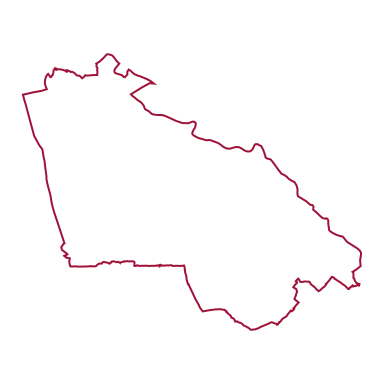 Valeni, Neamt, Romania
{"feature_id": "2599482B70512380232271", "entity_name": "Valeni", "entity_type": "district", "adm_level": 2, "iso_a3": "ROU", "parent_name": "Romania", "parent_adm1": "Neamt", "projection": "albers", "projection_center": [26.711, 47.039], "detail": "fine", "context": "isolated", "style": "outline", "palette": "rose", "viewbox_px": 384, "rotation_deg": 0, "n_neighbors": 0, "source": "geoboundaries", "source_scale": "gbopen_adm2", "svg_char_len": 5870}
<svg xmlns="http://www.w3.org/2000/svg" viewBox="0 0 384 384"><path d="M202.7,311.4L209.4,310.2L215.5,309.4L220.5,309.2L224.2,309.9L224.4,309.8L225.3,310.4L225.5,310.9L226.5,311.3L226.2,311.9L226.4,312.2L227.5,312.9L228.9,314.3L230.5,315.5L230.7,315.8L231.4,317.7L232.7,318.0L234.4,319.4L234.9,321.4L235.6,321.6L236.4,321.3L237.1,321.4L238.0,322.1L238.6,322.2L239.5,322.7L240.7,322.8L243.0,324.6L243.6,325.5L245.4,326.2L248.7,328.0L250.4,329.5L251.2,329.8L255.5,329.3L256.8,328.6L257.9,328.6L259.8,327.3L268.2,323.8L271.2,322.3L272.4,322.4L274.2,323.2L276.5,323.9L276.9,324.1L277.1,324.7L277.9,324.4L278.2,323.6L278.9,323.0L278.7,322.9L278.9,322.3L280.8,321.3L281.1,320.8L281.2,320.4L282.3,319.1L283.2,318.3L286.3,316.5L288.0,314.0L290.9,310.5L291.3,310.6L291.6,311.2L291.8,311.3L293.6,309.8L294.3,308.9L294.3,308.4L293.6,308.1L298.6,302.5L294.5,299.2L294.6,298.5L295.3,297.0L296.5,293.2L297.1,291.5L297.1,291.2L296.6,290.4L296.3,289.1L293.3,287.3L293.5,286.8L295.4,284.4L296.9,283.0L297.0,282.5L296.9,282.2L295.7,281.3L298.1,278.6L299.0,279.4L299.9,281.5L301.5,282.1L305.1,281.4L306.9,281.7L308.6,281.6L309.3,281.8L310.2,282.8L310.6,283.8L311.3,284.6L315.0,287.5L316.1,289.0L318.7,291.2L321.0,289.6L321.5,288.8L324.4,286.6L325.7,285.1L325.8,283.9L326.7,283.6L327.5,282.3L329.2,280.5L330.4,278.7L331.5,277.7L331.7,276.9L332.1,276.9L333.8,277.6L334.5,278.2L334.7,278.9L335.3,279.3L335.7,279.3L338.2,281.1L340.3,282.2L341.7,283.5L345.2,285.9L348.0,288.9L349.0,289.0L349.7,287.6L350.2,287.6L352.6,285.4L353.2,286.5L353.8,286.1L354.8,286.1L356.4,285.7L357.1,285.1L359.0,285.6L359.5,284.3L359.5,284.0L356.5,283.1L356.3,282.9L356.3,282.7L356.0,282.4L354.8,280.6L354.3,278.8L353.5,278.2L353.4,272.9L352.5,271.9L355.5,270.1L360.6,266.2L360.1,260.2L361.0,254.9L361.0,252.8L360.2,251.1L358.7,249.6L356.9,248.1L347.5,242.2L346.5,241.2L343.6,237.6L342.7,236.6L339.6,235.9L335.9,234.6L332.4,232.8L329.9,231.0L329.1,229.9L328.2,223.2L328.4,221.5L328.0,219.9L327.7,219.2L326.4,218.3L325.6,218.6L323.7,218.5L322.3,217.8L319.9,215.8L316.8,212.7L313.2,209.7L313.5,206.4L312.9,205.5L312.0,204.9L311.1,205.0L309.8,204.4L306.4,201.4L298.0,196.2L297.6,195.1L297.4,192.8L297.6,189.3L296.4,185.1L294.3,181.9L292.3,181.1L288.7,178.8L286.5,176.5L284.1,174.9L281.6,173.9L278.6,170.1L273.3,162.7L270.6,159.4L267.7,158.7L266.6,158.2L265.5,157.4L265.4,156.3L264.3,152.8L263.1,149.6L261.3,146.1L258.9,145.0L257.7,144.2L255.4,144.2L254.7,144.8L252.7,149.0L251.8,150.1L250.2,151.3L248.5,151.5L246.5,151.3L243.9,150.1L241.8,148.6L239.0,147.2L236.8,147.0L234.9,147.2L230.3,148.6L227.9,148.7L225.5,148.0L223.4,146.9L219.7,144.0L217.6,142.8L211.0,140.4L209.4,140.0L206.7,140.3L198.7,138.1L196.4,137.0L193.5,135.3L192.3,134.0L192.4,132.5L193.6,129.7L194.9,127.9L195.8,124.4L195.7,122.9L194.0,121.7L192.6,121.6L188.4,123.2L182.7,123.1L176.3,121.0L165.6,116.1L163.4,115.4L161.6,115.0L157.9,115.0L153.4,114.5L151.6,113.8L149.0,111.4L145.1,109.2L143.6,105.5L141.9,103.2L140.7,102.1L136.8,99.5L134.8,97.6L132.8,96.3L130.9,94.3L142.8,86.9L143.6,86.6L145.7,85.3L147.0,84.8L148.9,83.5L149.9,83.2L153.9,83.6L151.1,81.4L147.8,79.5L139.9,76.2L137.4,75.5L136.0,74.8L134.6,74.3L130.3,70.6L128.7,69.6L128.4,70.3L127.4,71.4L127.3,73.0L127.4,74.4L124.9,77.2L123.7,77.1L123.2,76.4L121.7,75.1L116.4,73.5L115.1,72.9L114.6,72.3L114.4,71.5L114.4,70.5L114.8,69.3L115.6,68.1L119.3,63.6L117.6,62.0L116.3,60.6L114.1,57.4L112.1,55.4L111.1,55.0L108.1,54.2L107.1,54.4L106.4,54.8L103.3,58.2L100.6,60.7L99.5,61.6L96.3,63.6L96.7,64.2L96.5,64.6L96.5,66.7L97.4,68.0L97.5,68.5L97.1,70.0L97.1,70.3L97.4,70.8L97.4,72.6L97.2,75.0L93.2,75.1L87.4,75.6L85.1,75.3L84.2,76.7L82.1,78.3L80.5,76.6L79.4,75.7L78.1,75.7L76.6,75.2L74.8,73.3L73.4,72.4L71.9,71.7L71.0,72.1L69.4,71.1L66.7,70.1L66.4,70.2L66.1,70.5L67.1,70.9L67.5,71.3L67.2,71.7L66.9,71.8L66.3,71.7L65.0,70.6L63.6,70.1L60.0,69.3L57.9,69.4L56.7,68.8L56.5,69.7L56.2,69.9L55.8,69.7L55.7,69.4L55.8,69.0L55.1,68.2L53.7,70.0L53.1,73.8L52.8,74.5L52.8,74.9L52.2,75.2L51.6,76.5L50.7,77.2L50.0,76.8L49.7,76.0L48.1,73.9L46.9,75.2L45.9,77.0L45.3,79.1L44.9,81.1L44.8,82.8L45.5,85.9L46.8,89.2L41.7,90.8L33.5,92.3L23.0,94.7L24.1,99.2L25.6,104.1L34.0,135.4L34.3,136.2L39.3,145.3L42.2,149.1L42.5,149.9L42.8,152.1L43.8,158.0L44.4,160.2L44.7,162.7L45.7,171.0L46.5,176.5L46.4,178.5L46.6,179.8L47.5,184.4L50.3,194.7L50.9,197.9L51.6,202.7L53.1,208.7L54.4,213.0L64.5,243.4L64.1,243.5L63.2,244.2L63.0,244.8L62.3,245.6L61.2,247.3L62.0,249.9L67.0,253.7L67.4,254.4L66.3,254.7L66.1,255.3L65.5,255.4L65.0,255.8L64.3,255.6L64.1,255.8L65.5,256.8L66.1,257.6L68.5,258.1L69.7,258.2L69.7,259.6L69.2,261.7L69.7,264.4L70.4,266.4L70.8,266.6L71.5,266.4L73.3,266.5L75.4,266.3L77.4,266.6L81.5,266.6L88.9,266.4L90.6,266.0L90.9,266.3L95.5,266.3L96.0,266.1L98.0,264.2L99.8,263.5L101.9,263.6L102.5,262.4L103.8,261.9L105.8,262.4L107.4,262.6L109.3,263.7L110.3,263.1L110.3,262.8L111.2,262.5L111.6,262.1L111.5,261.7L111.8,261.5L113.6,261.3L116.8,262.2L118.1,261.8L118.4,262.1L119.7,262.4L120.0,262.8L120.1,262.5L121.8,262.2L124.0,261.3L124.7,261.7L125.3,261.4L127.5,261.1L129.4,261.5L130.8,261.3L133.1,261.3L134.2,261.8L134.5,262.5L134.3,265.8L135.0,266.0L136.2,265.9L136.6,265.5L137.1,265.4L137.7,265.3L138.7,265.9L146.6,265.7L149.4,266.0L151.4,265.8L156.3,265.8L156.7,265.7L157.3,265.3L158.7,265.6L159.0,265.8L159.4,266.5L159.6,266.5L159.8,266.2L159.6,265.9L159.9,265.4L159.9,264.8L160.2,264.7L160.6,265.0L160.6,265.4L161.0,265.5L161.6,265.5L162.0,265.3L162.5,265.6L162.9,265.5L163.5,265.7L164.3,265.6L166.4,265.4L169.2,265.4L171.5,265.2L172.9,266.0L175.3,265.8L181.7,265.9L184.0,265.5L184.3,266.1L184.8,268.6L184.7,269.2L184.9,269.7L185.0,271.0L185.1,271.3L185.2,271.9L185.1,272.0L185.4,273.3L186.5,276.8L186.4,277.2L186.5,278.5L186.8,280.4L187.4,282.0L187.6,283.1L187.9,283.4L188.0,284.1L188.1,284.3L188.5,284.2L188.8,284.9L195.6,299.4L198.9,305.1L199.3,306.3L200.0,307.7L202.7,311.4Z" fill="none" stroke="#9f1239" stroke-width="2"/></svg>